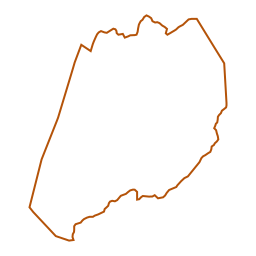 the district of São Tomé, Rio Grande do Norte, Brazil
{"feature_id": "56859067B14389226349371", "entity_name": "São Tomé", "entity_type": "district", "adm_level": 2, "iso_a3": "BRA", "parent_name": "Brazil", "parent_adm1": "Rio Grande do Norte", "projection": "natural_earth1", "projection_center": [-36.104, -5.997], "detail": "fine", "context": "isolated", "style": "outline", "palette": "amber", "viewbox_px": 256, "rotation_deg": 0, "n_neighbors": 0, "source": "geoboundaries", "source_scale": "gbopen_adm2", "svg_char_len": 1741}
<svg xmlns="http://www.w3.org/2000/svg" viewBox="0 0 256 256"><path d="M224.2,63.3L214.4,47.5L196.8,18.9L191.4,18.9L188.6,19.4L182.8,24.9L180.2,26.2L178.5,27.2L176.1,29.5L174.4,30.6L172.0,32.0L170.2,33.1L167.4,34.7L165.8,33.3L167.0,28.9L164.6,26.9L162.3,25.6L159.5,23.1L157.3,22.2L155.1,22.5L152.5,21.2L151.2,18.2L149.0,16.6L146.5,15.4L144.2,17.0L142.5,19.8L140.7,21.2L139.8,22.8L138.9,24.6L138.1,28.5L137.6,31.9L136.5,34.7L134.7,35.1L130.3,35.3L128.1,36.4L124.8,37.6L122.8,33.9L118.4,34.7L116.7,33.1L116.4,30.9L115.4,29.3L113.3,28.7L106.8,32.8L104.5,32.4L101.0,31.1L98.7,32.4L97.1,34.3L95.7,37.2L93.8,41.5L92.8,44.1L91.9,47.1L90.7,51.1L81.3,44.8L74.7,62.4L73.1,67.9L69.8,78.9L58.1,117.6L57.0,120.5L41.6,159.4L29.5,207.3L33.2,212.0L55.8,236.1L69.1,240.6L73.5,240.0L72.5,237.0L72.8,234.2L74.0,232.0L74.2,229.9L74.2,226.2L75.6,224.2L80.7,222.6L82.4,220.5L84.0,219.1L87.0,217.6L89.6,216.8L92.9,216.8L94.8,215.6L98.2,214.4L104.0,211.6L104.7,209.0L106.5,207.4L108.2,205.8L108.9,203.2L110.0,201.6L112.2,200.8L114.9,201.3L117.2,200.1L120.8,195.8L122.6,195.1L125.9,193.9L128.1,192.0L130.2,190.4L133.0,189.6L134.7,189.7L137.1,191.9L137.1,199.6L139.2,199.2L141.2,197.1L142.8,196.0L148.9,196.6L152.4,196.5L154.7,195.2L158.0,198.3L163.1,197.3L165.1,195.5L166.7,192.9L169.1,190.0L176.3,187.0L177.3,185.4L179.2,183.3L181.2,181.1L184.4,178.1L187.9,176.4L199.5,162.1L201.4,158.1L203.1,156.3L205.2,155.2L208.1,153.2L210.3,151.9L211.3,149.3L211.7,146.5L213.9,145.0L214.8,143.3L216.9,141.4L218.3,139.4L217.8,136.2L216.9,133.5L216.1,130.2L214.2,128.2L215.2,125.9L215.9,123.7L217.2,122.5L217.7,119.7L217.9,116.8L219.0,115.1L220.9,113.2L221.9,110.7L223.9,109.2L226.1,107.4L226.5,105.4L226.5,102.9L224.2,63.3Z" fill="none" stroke="#b45309" stroke-width="2"/></svg>